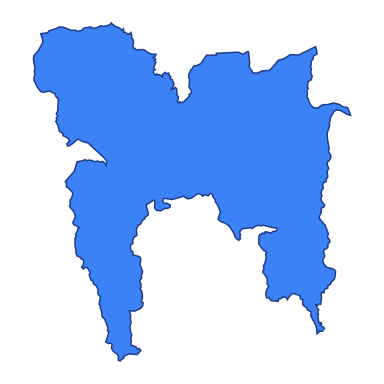 Rio Pardo, Rio Grande do Sul, Brazil (Robinson projection)
{"feature_id": "56859067B39474699620723", "entity_name": "Rio Pardo", "entity_type": "district", "adm_level": 2, "iso_a3": "BRA", "parent_name": "Brazil", "parent_adm1": "Rio Grande do Sul", "projection": "robinson", "projection_center": [-52.435, -30.08], "detail": "fine", "context": "isolated", "style": "filled", "palette": "blue", "viewbox_px": 384, "rotation_deg": 0, "n_neighbors": 0, "source": "geoboundaries", "source_scale": "gbopen_adm2", "svg_char_len": 5884}
<svg xmlns="http://www.w3.org/2000/svg" viewBox="0 0 384 384"><path d="M324.7,256.0L323.5,251.6L324.4,249.7L327.0,248.3L328.0,246.9L328.0,243.5L329.8,242.3L329.7,240.1L327.8,237.6L327.6,235.6L328.4,233.8L325.2,225.4L319.3,218.4L319.5,216.0L321.1,212.8L321.4,208.0L324.0,206.9L324.7,205.2L321.0,200.0L321.1,197.6L322.1,195.4L321.1,193.9L321.8,190.0L323.3,188.4L322.7,184.4L324.1,182.3L326.0,181.8L326.3,179.5L327.7,177.0L327.2,171.5L328.7,168.4L327.3,164.9L327.3,162.2L329.2,160.7L330.7,157.9L330.7,155.3L328.6,151.6L329.1,148.3L327.5,139.3L327.1,133.4L329.7,125.4L329.1,123.2L330.3,120.0L330.0,118.4L334.1,111.3L336.2,110.1L340.3,110.4L347.7,114.7L350.6,115.3L348.0,108.4L346.8,107.4L343.1,106.9L339.3,104.4L333.5,103.0L327.4,104.6L323.6,104.6L320.9,105.6L318.1,107.9L314.4,107.9L311.4,105.9L309.1,102.1L308.3,98.8L306.8,96.6L307.4,93.6L306.8,90.9L308.3,88.3L307.4,86.9L307.8,82.8L309.4,80.5L311.2,79.9L312.2,76.3L310.7,73.0L311.5,68.6L310.2,66.5L311.2,65.2L311.1,61.5L313.2,58.7L313.5,55.8L316.9,54.2L316.6,50.0L315.5,46.7L298.4,55.0L290.4,54.6L283.6,58.9L278.4,60.2L270.6,69.4L269.0,70.4L262.3,70.9L257.3,73.1L252.8,72.9L252.2,71.2L250.1,68.7L249.2,65.7L249.7,63.4L248.5,51.8L246.6,51.9L243.2,54.3L238.2,52.2L216.3,53.3L216.2,55.2L206.5,55.2L201.0,63.5L196.4,65.7L194.5,65.6L193.1,66.7L192.4,68.7L191.0,69.4L189.4,73.2L188.7,74.9L188.7,77.3L189.5,79.3L189.0,87.3L191.3,90.8L191.4,92.9L189.0,94.5L189.4,96.1L183.8,101.7L181.6,102.8L179.7,101.8L178.3,103.0L177.4,101.0L178.3,99.0L178.2,96.4L177.0,94.8L176.7,88.9L175.4,87.5L171.4,89.4L174.0,84.6L172.4,79.8L169.8,78.5L170.8,76.5L169.2,75.4L168.9,73.1L166.6,73.6L165.2,72.4L162.5,74.5L162.5,77.0L159.8,74.7L158.3,74.8L156.9,73.9L155.4,75.2L153.3,72.6L153.5,70.7L155.2,69.8L153.6,67.8L155.9,62.1L154.6,60.4L155.7,59.2L153.1,57.6L155.2,56.3L156.0,54.3L152.1,54.2L148.5,52.9L143.8,49.6L138.6,49.6L136.7,50.3L135.0,48.3L133.5,48.1L132.8,45.6L133.5,42.4L133.3,40.1L131.5,37.0L131.7,35.0L130.9,32.5L129.6,33.7L127.5,34.2L125.9,32.4L123.8,32.5L123.5,28.8L122.0,30.4L119.4,27.9L115.2,26.4L111.0,23.0L109.9,24.8L103.3,26.5L101.0,25.7L96.0,27.9L92.8,28.2L90.7,26.9L83.5,28.2L82.3,30.2L76.9,31.4L75.7,30.2L71.4,30.4L63.2,27.1L58.9,27.1L56.4,28.5L49.2,30.7L47.1,33.3L45.7,32.9L40.7,33.7L42.7,39.8L42.7,42.8L38.1,51.0L33.9,55.7L33.4,59.2L35.1,68.9L34.2,71.5L35.0,74.5L33.9,78.1L34.1,80.4L36.9,86.5L40.6,91.5L42.9,92.3L49.3,91.1L51.5,92.0L55.0,93.8L55.8,96.5L58.4,99.1L57.6,111.2L56.3,113.8L57.7,116.1L56.2,118.1L56.7,119.8L55.8,121.5L58.0,125.6L59.4,131.4L63.0,133.5L63.0,135.6L68.2,138.3L69.5,140.6L66.8,144.0L67.5,146.0L69.2,145.8L73.0,143.4L77.0,139.6L78.5,139.3L82.8,141.6L88.2,143.1L104.3,158.0L106.9,161.6L106.0,165.3L104.6,162.8L102.6,161.4L99.8,162.1L97.9,161.1L93.5,161.6L92.2,160.5L88.3,160.1L86.9,160.9L85.1,159.5L82.1,161.0L77.2,161.6L74.1,171.6L65.3,181.5L66.6,183.3L66.3,187.0L68.2,187.8L72.5,192.4L72.6,194.8L71.4,198.4L70.0,200.2L70.3,203.5L69.4,206.2L74.1,212.2L75.6,216.8L72.8,222.5L73.6,224.4L79.3,227.6L77.7,228.6L77.7,230.3L75.6,234.3L76.1,236.0L75.0,238.3L75.1,245.9L76.2,250.8L75.7,252.5L77.1,256.0L80.0,257.1L80.9,258.7L82.9,259.6L83.7,261.4L83.3,264.2L81.6,267.3L83.6,269.0L85.2,267.2L87.5,267.8L90.3,272.7L89.1,274.5L91.0,280.2L92.8,280.9L93.6,284.1L96.5,286.1L98.1,289.7L97.9,294.0L100.5,297.0L99.0,304.3L100.5,305.6L100.2,307.3L101.7,312.2L102.2,316.8L104.7,319.2L108.1,328.2L107.3,330.6L108.6,331.7L108.3,334.3L105.7,342.0L108.0,343.3L110.9,343.3L112.1,344.3L111.4,348.0L113.1,351.2L117.4,354.3L118.3,356.2L118.3,360.1L120.2,361.0L121.4,359.5L124.0,358.0L124.1,356.1L129.1,353.9L137.1,354.6L140.8,350.5L139.1,348.4L137.8,349.2L135.7,346.7L130.7,345.0L131.3,341.2L130.8,338.7L131.7,335.2L130.4,331.1L129.9,326.3L131.1,322.8L130.4,318.6L130.7,315.7L129.4,310.9L134.5,311.1L140.1,308.8L142.6,306.1L143.1,302.9L141.2,301.5L142.4,298.5L142.2,294.4L141.9,291.6L140.1,288.7L140.9,287.3L141.0,283.6L139.5,281.3L141.7,277.8L141.3,275.3L142.7,271.9L140.1,264.8L140.8,259.5L140.2,257.4L138.7,256.4L132.7,254.8L133.1,252.3L130.6,249.6L130.5,244.9L132.9,243.4L132.7,240.6L133.6,237.6L136.9,235.4L136.4,230.0L137.0,227.5L138.6,225.1L140.7,223.9L142.7,220.1L145.0,218.6L145.5,216.7L147.4,215.7L148.5,214.2L146.1,205.0L153.7,200.1L155.0,201.9L154.5,206.3L154.8,208.2L156.6,210.4L160.8,210.8L164.4,208.5L167.6,208.4L170.1,207.1L170.2,205.0L167.7,203.5L163.6,202.9L162.5,201.2L164.0,198.3L172.2,199.5L183.6,196.3L187.2,198.7L189.0,198.7L191.6,197.9L198.0,193.5L201.4,194.6L202.4,196.2L204.7,194.8L208.3,195.8L210.2,193.3L212.6,194.5L213.2,197.5L214.9,199.0L215.5,202.0L217.7,205.2L220.4,211.8L218.0,219.3L221.6,222.0L224.8,222.9L229.4,226.2L233.8,233.1L235.4,237.6L238.7,240.4L240.5,238.8L239.9,236.4L240.6,234.6L239.6,232.7L240.4,230.6L242.3,228.8L250.5,227.7L252.2,228.5L254.9,226.5L258.3,225.3L260.9,225.9L262.8,225.1L272.4,227.6L277.0,228.0L276.8,230.3L275.2,231.3L272.5,231.6L271.4,233.1L265.3,231.6L264.3,233.6L262.6,233.0L261.5,234.2L259.9,234.4L258.9,236.1L258.7,243.8L263.2,250.1L266.7,252.1L265.5,254.1L266.1,256.7L265.5,261.3L263.4,266.6L263.9,268.5L262.7,271.9L266.3,276.8L267.4,279.6L267.0,283.9L268.7,285.8L266.1,291.4L265.7,294.2L266.6,297.8L269.0,297.7L270.4,300.1L271.8,300.7L278.3,301.3L278.4,299.3L280.6,298.8L283.2,296.9L286.0,297.4L287.4,299.8L288.8,297.2L292.5,293.3L299.7,295.5L300.5,299.0L302.9,299.7L302.6,304.4L304.8,306.7L306.7,307.2L307.2,309.7L311.3,312.0L310.7,315.6L313.1,320.5L314.2,321.7L316.5,327.5L317.1,333.8L318.6,332.6L319.3,331.1L322.4,331.3L324.5,328.3L322.6,326.5L321.2,326.3L320.4,324.9L321.7,324.0L321.0,322.5L318.9,323.1L317.8,316.3L318.5,314.2L317.6,312.1L318.7,309.6L317.1,307.9L315.9,304.9L317.6,305.6L319.1,303.8L320.6,304.4L321.5,298.8L321.2,292.6L324.2,292.7L324.2,290.3L325.8,288.6L327.8,288.1L327.9,285.5L330.5,284.4L331.0,282.2L333.9,279.7L334.9,277.6L335.6,271.2L333.7,269.2L326.7,267.3L323.5,263.5L322.7,260.2L324.7,256.0Z" fill="#3b82f6" stroke="#1e3a8a" stroke-width="1.5"/></svg>